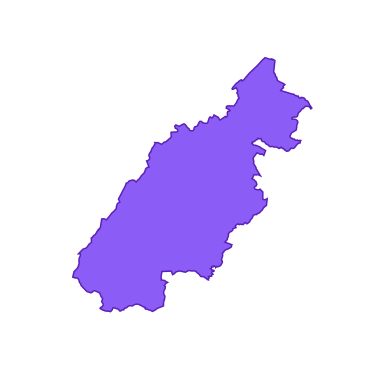 Jacala de Ledezma, Hidalgo, Mexico (Natural Earth projection), rotated 246°
{"feature_id": "50627088B43543909000862", "entity_name": "Jacala de Ledezma", "entity_type": "district", "adm_level": 2, "iso_a3": "MEX", "parent_name": "Mexico", "parent_adm1": "Hidalgo", "projection": "natural_earth1", "projection_center": [-99.159, 20.965], "detail": "fine", "context": "isolated", "style": "filled", "palette": "violet", "viewbox_px": 384, "rotation_deg": 246, "n_neighbors": 0, "source": "geoboundaries", "source_scale": "gbopen_adm2", "svg_char_len": 6098}
<svg xmlns="http://www.w3.org/2000/svg" viewBox="0 0 384 384"><g transform="rotate(246 192 192)"><path d="M254.9,197.0L250.8,195.5L249.9,193.7L249.9,192.8L249.4,191.7L249.1,190.2L248.5,189.0L248.4,188.2L248.9,187.0L247.9,183.7L250.9,181.0L252.3,178.1L251.3,178.0L250.9,177.7L249.2,175.3L248.5,173.7L246.1,171.2L245.4,171.0L245.5,170.3L244.0,168.2L242.8,167.4L240.1,167.2L239.3,166.4L238.7,165.0L238.9,163.2L232.2,162.8L232.6,161.1L232.3,159.7L231.5,158.5L231.0,158.4L228.6,155.6L227.8,153.0L225.3,148.9L225.2,147.8L223.9,145.1L224.8,144.5L225.8,144.4L227.1,142.7L227.7,139.1L226.7,137.3L226.8,135.4L224.8,133.7L215.4,121.9L212.1,122.0L211.8,119.2L209.7,117.2L207.6,116.0L206.2,112.9L205.4,110.2L203.9,107.6L201.4,102.5L203.4,100.7L204.1,98.6L196.9,93.9L196.0,92.5L196.0,91.3L195.3,91.2L195.0,89.9L192.6,86.6L192.1,84.2L190.9,82.1L191.0,81.3L186.9,79.7L186.2,76.8L183.9,72.9L184.1,69.0L181.7,63.2L181.1,64.7L179.3,64.2L177.4,62.0L175.0,60.6L174.1,60.6L172.0,59.3L169.3,56.8L167.8,53.6L167.4,52.0L162.7,48.4L160.8,50.5L160.2,52.1L159.6,52.5L157.2,52.9L155.5,52.4L153.3,52.9L151.5,52.7L143.8,55.5L141.0,58.7L141.0,59.9L141.7,61.8L141.4,63.0L137.9,66.1L136.9,66.6L133.5,66.4L130.8,67.0L128.9,65.0L128.0,64.9L125.6,65.4L124.3,64.2L123.8,63.2L123.6,61.2L122.9,60.7L121.6,61.5L118.5,64.5L117.1,67.2L115.9,68.7L115.9,69.3L117.0,71.4L118.3,72.6L118.2,73.3L114.8,77.1L112.8,77.5L112.3,78.5L112.7,80.2L112.1,81.8L113.1,82.9L112.9,85.5L113.2,85.7L113.7,88.1L112.1,91.6L112.5,92.7L112.4,94.8L111.5,97.1L108.2,100.0L106.9,100.7L106.0,102.0L105.2,102.3L104.9,101.8L103.9,101.9L103.3,103.2L101.5,104.9L101.3,105.5L99.0,107.3L99.1,110.0L99.8,113.0L99.5,119.6L103.3,121.4L104.5,122.8L107.8,124.9L109.8,124.7L111.9,125.2L113.6,126.6L114.4,127.9L116.6,129.3L117.8,128.6L118.9,130.4L119.4,133.0L120.7,131.8L122.2,131.1L124.3,128.0L125.2,128.8L126.9,129.1L131.6,132.2L128.2,140.8L124.4,140.7L124.4,141.8L125.5,145.2L125.0,148.4L121.4,153.4L121.6,157.4L120.6,158.5L119.4,160.9L119.3,161.6L118.5,162.7L117.0,163.6L116.1,163.8L114.7,164.8L111.4,165.6L110.7,166.4L110.6,167.2L109.7,168.0L109.4,168.7L108.1,169.1L107.1,170.2L106.0,170.2L105.0,171.3L106.2,171.8L106.5,172.7L107.1,173.0L108.1,172.8L107.1,175.7L107.9,175.9L108.4,176.4L108.3,177.7L108.9,177.6L110.0,176.8L111.0,177.8L110.6,179.3L110.8,180.0L111.4,180.2L112.4,179.1L112.6,178.3L113.7,178.2L114.5,177.7L114.6,178.9L115.9,179.9L115.8,180.3L115.0,180.7L115.6,181.8L115.5,182.3L114.3,182.8L113.3,182.8L113.9,184.1L113.4,184.6L113.1,185.6L113.1,187.4L113.5,188.7L115.3,191.1L116.8,191.6L117.6,191.3L118.4,191.5L121.3,194.1L123.6,194.9L124.2,196.5L124.7,196.8L125.6,199.7L125.3,201.8L125.6,204.9L126.1,205.9L126.8,206.1L127.6,207.0L132.9,201.6L134.2,205.0L134.9,205.2L137.1,207.4L139.0,208.3L140.2,210.4L139.9,211.1L140.4,213.5L141.8,214.6L141.9,215.0L141.5,217.6L141.9,217.9L142.7,217.4L143.5,217.9L144.2,220.1L144.0,221.2L143.0,221.7L143.1,223.0L142.5,223.6L141.4,225.7L142.3,227.2L142.5,228.2L140.8,229.0L140.6,229.8L141.4,232.7L142.8,234.0L143.3,235.6L144.4,237.2L145.9,238.6L145.6,240.7L145.1,241.9L145.6,242.3L145.5,244.9L147.2,249.3L148.2,250.4L148.6,251.6L148.9,251.7L149.4,254.5L155.3,258.0L155.2,255.7L155.7,254.7L156.8,253.8L163.2,256.7L167.0,255.3L166.7,253.9L168.6,251.1L169.4,250.7L170.8,250.7L171.5,252.2L171.3,252.6L172.3,254.2L173.9,254.6L175.8,254.6L176.3,254.1L178.2,253.6L179.7,252.1L181.3,254.4L181.8,254.6L182.6,255.6L181.4,257.7L181.1,259.3L179.0,261.1L187.6,260.1L188.1,260.4L193.1,259.9L194.5,260.8L197.8,261.5L198.5,262.1L201.4,267.4L198.8,269.6L197.8,271.8L196.2,272.5L199.9,276.1L204.3,272.9L205.4,272.5L208.9,269.1L209.1,268.3L209.6,267.5L211.8,266.7L211.9,266.3L212.3,266.4L212.5,267.2L213.0,267.5L213.1,267.8L212.7,268.5L213.0,270.4L213.7,272.4L213.4,272.7L213.8,273.4L213.6,273.8L214.1,274.4L213.1,275.3L212.8,276.7L212.3,276.9L211.5,276.5L210.4,276.5L209.3,277.1L208.6,278.4L205.4,279.4L204.6,280.4L202.8,281.0L201.5,282.0L200.9,284.1L199.5,285.4L199.0,287.1L197.4,288.6L196.4,289.1L196.3,289.7L196.6,290.4L196.3,290.9L196.7,291.4L196.6,291.9L195.0,292.3L194.3,293.4L192.7,293.7L192.2,294.3L190.9,294.8L190.4,295.9L190.3,297.5L191.7,300.2L190.7,302.0L190.7,303.5L192.9,307.7L193.1,309.9L192.9,310.8L194.3,311.5L194.8,312.3L195.4,311.3L195.7,309.9L196.7,309.4L196.6,308.8L197.3,307.3L198.7,307.1L199.5,305.6L200.2,305.4L201.5,304.1L202.5,304.0L203.0,304.1L205.5,306.9L206.2,312.3L208.0,313.7L210.3,314.8L212.4,316.9L213.8,317.3L215.8,316.5L216.7,315.6L217.5,313.4L218.2,313.0L219.2,313.7L218.8,316.5L218.3,317.2L218.1,318.4L218.3,319.0L220.7,321.2L221.3,322.2L221.8,323.9L223.1,326.1L223.1,327.9L223.6,328.6L224.0,330.4L224.0,331.2L223.2,332.6L221.9,334.0L219.6,334.3L219.9,335.6L224.4,334.8L225.7,334.9L228.0,334.6L229.8,333.0L231.7,333.0L233.3,331.5L233.9,330.4L233.6,330.3L233.9,329.0L234.6,328.1L236.4,328.1L237.1,326.5L237.7,326.4L238.2,325.5L240.1,324.6L240.8,323.3L248.6,314.3L249.5,315.9L250.0,318.0L251.4,318.2L251.9,318.8L252.3,320.5L254.2,319.5L255.6,318.0L259.1,315.4L262.5,316.0L263.8,315.3L265.4,315.9L268.4,315.4L278.3,321.2L279.9,320.3L280.0,319.2L280.3,319.1L280.3,319.5L281.1,319.1L281.4,318.4L281.1,317.7L285.0,313.4L283.9,309.9L281.1,303.6L277.2,292.7L273.4,284.9L273.1,283.1L273.6,283.2L274.5,282.6L274.2,280.1L273.8,279.6L273.1,276.5L270.9,271.7L270.0,270.6L269.5,270.6L269.2,271.3L269.2,274.8L266.1,274.9L265.3,274.7L264.3,273.2L262.4,273.7L260.6,273.0L258.5,273.2L257.9,271.5L255.6,269.0L253.5,265.3L256.1,259.8L256.1,258.2L254.6,257.4L253.0,258.8L251.1,259.9L250.7,259.3L251.0,257.4L249.8,256.3L247.5,255.6L246.8,254.5L246.5,253.6L247.5,253.2L246.3,247.1L246.5,246.7L249.5,246.4L253.4,243.4L252.0,241.8L251.5,240.4L253.1,239.3L253.1,238.7L252.3,237.5L248.9,234.5L248.8,233.5L249.5,231.7L251.0,230.0L252.7,229.3L253.3,227.9L253.0,227.1L250.3,223.9L250.1,222.7L250.4,221.1L249.9,220.2L249.1,219.9L247.8,218.2L247.6,217.8L247.7,217.2L248.6,215.5L249.4,214.9L250.5,215.1L253.5,213.8L255.5,213.6L257.5,212.5L257.6,210.1L257.2,207.0L259.8,204.6L259.6,203.6L259.1,203.0L257.1,202.7L255.4,204.1L253.9,204.0L253.3,203.6L253.0,202.6L255.0,197.6L254.9,197.0Z" fill="#8b5cf6" stroke="#5b21b6" stroke-width="1.5"/></g></svg>